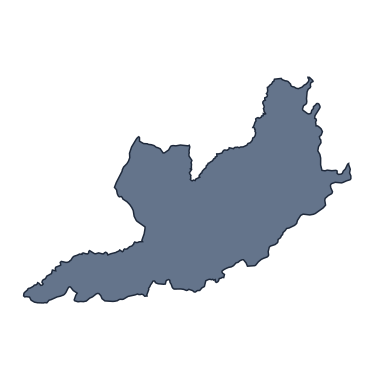 Sacramento, Minas Gerais, Brazil (Natural Earth projection), rotated 276°
{"feature_id": "56859067B64551468531764", "entity_name": "Sacramento", "entity_type": "district", "adm_level": 2, "iso_a3": "BRA", "parent_name": "Brazil", "parent_adm1": "Minas Gerais", "projection": "natural_earth1", "projection_center": [-47.253, -19.856], "detail": "fine", "context": "isolated", "style": "filled", "palette": "slate", "viewbox_px": 384, "rotation_deg": 276, "n_neighbors": 0, "source": "geoboundaries", "source_scale": "gbopen_adm2", "svg_char_len": 5983}
<svg xmlns="http://www.w3.org/2000/svg" viewBox="0 0 384 384"><g transform="rotate(276 192 192)"><path d="M188.5,114.4L186.3,116.7L182.4,117.9L180.4,119.1L179.6,120.2L180.1,122.2L179.1,123.3L177.8,124.0L175.5,128.4L173.0,131.4L170.3,133.7L167.4,135.5L161.8,137.0L158.2,139.3L157.2,140.3L152.4,148.9L150.7,149.1L145.4,148.8L138.7,147.2L137.5,148.0L136.9,144.5L136.2,143.5L135.9,141.8L136.3,140.3L135.2,139.6L134.0,139.4L131.9,137.7L131.1,135.7L128.6,133.4L128.2,132.0L128.3,130.8L127.4,130.1L126.1,129.8L125.3,128.9L126.8,126.2L125.5,125.3L124.8,123.8L123.9,122.6L122.1,117.7L120.6,114.9L122.3,114.0L123.1,112.5L122.4,111.3L121.3,110.6L121.1,109.3L121.7,105.5L120.5,102.6L120.5,101.4L123.0,96.3L122.2,95.6L120.7,95.6L119.5,94.7L119.5,92.9L120.0,90.1L119.4,89.1L118.5,89.1L118.5,86.6L117.1,84.4L115.8,81.4L114.6,80.2L111.4,78.6L110.9,77.8L110.0,77.3L109.0,75.4L108.8,73.9L109.3,69.3L108.2,68.3L106.6,68.9L105.4,69.0L103.0,64.4L101.9,64.0L99.4,64.7L99.8,61.3L96.2,60.8L93.1,56.3L91.2,55.7L90.0,54.8L89.3,53.3L88.1,52.5L86.6,52.2L85.0,53.6L83.8,52.8L83.3,51.4L85.2,49.3L85.7,48.0L84.3,47.6L83.4,46.7L82.9,44.9L81.7,44.1L79.5,41.1L79.2,39.8L78.3,38.8L77.4,38.6L74.4,35.8L73.2,35.4L71.1,35.4L70.2,36.6L70.6,38.2L70.5,41.4L67.6,43.3L66.0,46.8L65.7,49.9L66.1,55.7L66.6,57.2L66.6,59.2L69.5,61.2L70.1,62.9L73.6,68.9L74.6,71.9L76.1,74.9L77.0,75.9L78.9,77.1L83.2,78.7L84.2,79.2L84.9,80.0L84.8,81.1L81.6,84.2L79.4,88.4L77.3,87.3L72.4,86.1L71.6,86.6L71.1,89.0L70.9,90.1L71.5,92.7L71.6,95.5L72.5,98.3L75.7,101.3L77.3,104.0L80.8,107.6L81.3,108.9L81.2,110.1L79.4,112.1L76.5,113.7L74.6,116.7L74.9,124.8L75.3,126.7L76.1,129.2L77.2,130.4L77.8,131.8L77.9,134.0L78.3,135.1L81.5,139.4L83.7,146.1L84.9,148.5L84.5,149.5L84.5,151.0L85.1,152.5L84.9,154.0L83.4,155.9L83.9,158.2L84.9,157.8L90.5,159.2L91.7,158.9L93.6,160.0L95.1,160.4L97.6,161.8L99.1,162.3L99.6,163.6L99.2,164.6L98.2,164.9L97.7,165.8L97.2,168.0L97.3,173.5L97.7,175.1L100.8,175.5L101.8,176.4L102.5,178.0L101.9,179.1L99.8,179.6L98.0,181.0L95.2,182.3L94.3,183.1L93.6,184.3L94.4,191.0L94.3,193.9L93.5,196.8L93.9,197.9L94.9,199.0L94.0,202.9L92.8,204.6L92.9,205.9L94.5,207.6L94.9,210.0L97.7,211.9L99.3,214.2L105.2,215.0L106.7,217.6L107.1,219.0L106.8,220.4L107.3,221.8L106.6,222.7L107.3,224.2L105.3,224.6L104.6,225.6L105.2,226.8L106.3,227.6L108.8,228.2L109.2,229.7L110.2,230.9L110.2,232.5L113.4,232.9L114.6,230.8L115.7,230.1L116.7,230.3L118.2,231.9L119.6,234.0L120.9,236.4L121.6,238.8L122.3,239.9L123.1,241.0L126.1,243.2L126.9,245.2L128.6,246.8L129.9,249.0L130.0,250.3L127.1,253.2L124.0,254.9L125.3,262.1L125.8,262.9L129.5,265.3L132.1,267.8L133.5,270.0L135.2,273.5L136.2,274.4L137.3,274.8L140.7,274.0L145.2,274.6L146.4,275.6L148.4,280.1L150.4,282.2L151.3,282.6L153.8,282.6L155.8,284.8L158.0,285.5L159.0,286.5L161.2,286.8L163.4,288.7L165.6,289.9L166.4,292.4L169.5,297.4L170.5,298.4L171.8,299.4L174.7,299.8L180.1,302.5L181.6,304.8L181.5,311.5L182.5,315.0L183.6,317.0L185.5,319.1L189.9,324.1L191.7,325.4L192.9,326.2L197.6,324.9L199.6,325.1L202.8,328.0L204.8,330.9L205.7,331.5L207.0,331.7L210.6,329.6L212.8,329.0L214.0,329.2L214.9,329.9L216.6,333.4L216.7,339.8L217.2,341.0L219.3,344.6L220.7,347.9L221.8,348.6L224.6,348.3L227.4,346.7L231.2,347.0L235.7,344.9L236.7,344.8L236.0,343.9L230.9,342.1L228.5,340.2L226.3,339.6L225.4,338.5L224.8,335.9L225.6,334.4L228.1,334.1L228.6,332.9L227.8,328.8L227.9,324.2L227.0,322.1L227.1,319.0L232.3,317.1L239.2,316.4L242.8,315.2L246.1,312.8L250.4,313.1L254.4,315.1L257.3,314.6L258.2,313.6L260.4,312.9L262.3,314.6L265.7,315.4L268.3,313.8L269.2,312.7L270.5,310.7L270.9,309.6L270.7,308.5L274.5,307.6L276.3,308.2L277.6,307.7L278.1,306.3L280.7,306.3L288.5,310.1L289.8,310.5L290.8,310.2L292.7,309.0L293.2,307.9L292.9,306.6L291.6,305.9L289.6,303.9L287.7,304.0L285.6,302.5L283.0,302.2L282.1,301.1L281.8,299.7L282.1,298.6L285.0,293.7L286.1,293.2L289.5,293.9L291.2,296.0L292.2,296.6L294.0,296.7L296.8,296.1L303.7,296.0L306.3,296.8L308.2,298.7L309.4,299.0L310.6,298.5L312.6,298.6L313.4,299.1L314.5,300.8L315.5,300.4L318.3,296.8L318.2,295.3L317.1,295.7L316.3,296.5L315.0,296.5L313.8,296.1L311.3,294.3L310.0,292.3L307.8,290.5L305.9,286.9L306.1,284.7L307.2,282.4L307.2,281.2L307.6,279.8L308.4,279.1L309.5,278.8L311.9,276.0L312.3,274.6L312.3,273.2L313.2,269.9L314.3,268.9L312.8,262.2L310.5,261.7L310.1,260.8L307.6,259.8L306.8,258.6L304.5,257.0L303.9,256.0L300.6,256.7L298.8,256.5L297.6,255.7L296.4,256.9L294.9,256.8L294.0,255.9L293.4,254.6L292.1,254.6L291.0,255.3L290.2,253.8L289.1,253.1L287.8,253.1L284.8,254.8L283.6,254.9L282.4,254.3L281.1,255.0L280.0,255.1L277.5,257.0L277.0,256.1L277.5,254.7L275.3,254.7L274.9,253.3L273.6,253.0L272.3,251.1L272.9,249.9L272.1,248.4L271.3,247.7L269.3,248.2L268.0,247.4L264.6,246.7L262.5,245.8L262.5,246.9L261.9,247.7L261.0,247.7L260.3,248.5L259.2,248.2L257.6,249.1L254.9,249.0L252.8,248.0L252.1,246.8L249.6,246.5L247.1,244.8L246.1,242.6L244.2,241.6L242.2,238.1L241.8,235.5L241.0,234.4L241.4,232.2L240.9,231.3L241.0,230.3L240.4,229.4L239.4,228.8L239.9,224.4L238.9,224.4L237.2,222.7L237.2,220.0L236.6,219.0L233.8,217.6L232.7,214.5L232.5,212.6L230.1,213.1L229.2,211.5L227.9,211.3L227.3,210.2L225.1,209.1L223.6,207.0L222.8,206.4L222.3,205.1L220.4,204.5L219.9,203.6L217.5,203.3L216.0,201.7L213.6,200.0L212.0,199.7L211.3,198.6L210.4,198.4L209.5,197.5L208.3,197.4L207.6,198.2L205.2,194.4L203.7,193.9L204.0,192.2L203.1,191.0L203.5,190.0L204.4,189.0L205.5,189.4L207.4,189.0L208.4,189.2L209.5,188.1L210.8,187.4L214.2,189.2L214.8,188.0L215.6,189.0L216.7,188.7L219.7,188.6L220.9,188.0L223.4,188.6L227.4,185.3L229.6,184.9L230.5,185.2L232.6,184.7L236.6,185.1L238.2,184.4L237.5,183.3L237.5,175.5L236.2,171.1L236.2,168.5L235.9,167.2L235.2,166.0L231.4,164.4L228.1,160.6L227.8,159.2L231.7,155.8L232.6,153.0L232.6,152.0L234.2,149.4L234.8,146.6L234.8,143.8L235.3,142.4L235.1,138.8L237.0,134.5L240.6,134.1L241.4,133.3L240.5,132.2L239.0,131.2L230.4,127.2L224.0,125.8L219.6,126.5L216.0,125.6L213.3,124.3L209.7,121.4L206.8,120.4L205.3,120.3L193.7,115.8L188.5,114.4Z" fill="#64748b" stroke="#1e293b" stroke-width="1.5"/></g></svg>